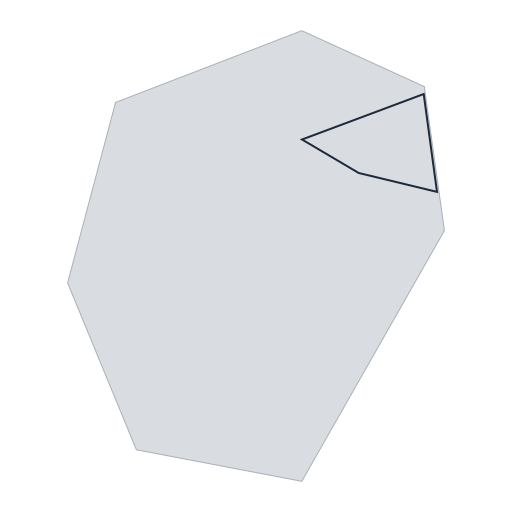 where Ijuw sits in Nauru
{"feature_id": "NRU-4980", "entity_name": "Ijuw", "entity_type": "state/province", "adm_level": 1, "iso_a3": "NRU", "parent_name": "Nauru", "parent_adm1": "", "projection": "mercator", "projection_center": [166.951, -0.505], "detail": "fine", "context": "in_parent", "style": "outline", "palette": "slate", "viewbox_px": 512, "rotation_deg": 0, "n_neighbors": 0, "source": "natural_earth", "source_scale": "10m", "svg_char_len": 340}
<svg xmlns="http://www.w3.org/2000/svg" viewBox="0 0 512 512"><path d="M444.4,230.6L301.8,481.3L136.4,449.8L67.6,282.9L115.6,102.4L301.8,30.7L424.3,86.6L444.4,230.6Z" fill="#d9dde1" stroke="#a8b0b8" stroke-width="1"/><path d="M423.7,94.0L437.0,191.9L358.7,173.0L302.0,139.5L423.7,94.0Z" fill="none" stroke="#1e293b" stroke-width="2"/></svg>